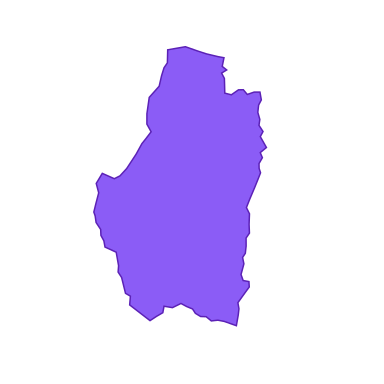 Ampelikou, Nicosia, Cyprus, rotated 337°
{"feature_id": "46923920B7308228974018", "entity_name": "Ampelikou", "entity_type": "district", "adm_level": 2, "iso_a3": "CYP", "parent_name": "Cyprus", "parent_adm1": "Nicosia", "projection": "natural_earth1", "projection_center": [32.803, 35.103], "detail": "fine", "context": "isolated", "style": "filled", "palette": "violet", "viewbox_px": 384, "rotation_deg": 337, "n_neighbors": 0, "source": "geoboundaries", "source_scale": "gbopen_adm2", "svg_char_len": 1341}
<svg xmlns="http://www.w3.org/2000/svg" viewBox="0 0 384 384"><g transform="rotate(337 192 192)"><path d="M99.1,165.0L93.8,172.1L93.5,176.2L91.8,182.6L93.3,190.8L91.2,196.4L91.8,202.5L90.4,208.7L98.7,217.8L95.6,231.2L92.7,236.8L93.8,243.2L91.2,259.3L94.6,263.8L90.5,271.6L100.0,288.5L103.1,294.0L110.8,292.6L118.0,291.7L121.6,286.2L128.8,290.8L138.3,290.3L142.3,295.3L146.8,299.9L147.7,305.0L151.3,310.0L156.3,312.3L159.4,318.2L165.7,320.1L171.1,323.7L180.6,332.4L186.5,323.3L189.6,317.8L191.0,311.8L202.2,305.0L207.6,301.8L209.4,296.7L204.5,293.5L204.9,287.1L211.7,278.4L213.0,272.0L217.1,269.3L220.7,262.9L223.8,255.5L228.8,252.3L231.9,244.1L236.4,234.5L236.0,227.6L242.3,221.2L251.3,212.5L258.1,205.7L262.6,201.1L263.0,196.5L264.8,192.0L270.2,187.9L270.2,182.4L277.9,180.1L276.5,167.7L281.0,164.1L279.7,156.8L282.8,151.7L283.7,144.4L287.3,138.0L291.8,134.3L293.6,126.6L288.2,124.3L281.0,123.8L279.2,117.9L274.7,116.1L266.2,117.9L260.8,113.8L263.9,106.0L266.2,100.1L265.7,94.1L271.6,93.2L268.9,88.2L273.9,80.9L268.9,77.6L259.0,70.3L251.7,63.9L242.7,55.7L225.2,51.6L219.8,63.5L214.8,66.7L209.4,73.1L203.1,81.8L189.6,88.2L181.1,102.3L177.0,111.9L177.9,120.6L170.2,125.0L164.8,127.9L155.4,135.3L141.0,144.9L132.0,149.0L125.7,149.4L116.7,139.8L107.2,146.7L105.8,156.3L99.1,165.0Z" fill="#8b5cf6" stroke="#5b21b6" stroke-width="1.5"/></g></svg>